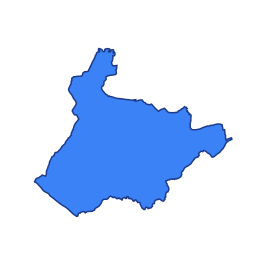 outline of Bungo, Jambi, Indonesia, rotated 351°
{"feature_id": "22746128B28569646979400", "entity_name": "Bungo", "entity_type": "district", "adm_level": 2, "iso_a3": "IDN", "parent_name": "Indonesia", "parent_adm1": "Jambi", "projection": "robinson", "projection_center": [101.875, -1.516], "detail": "fine", "context": "isolated", "style": "filled", "palette": "blue", "viewbox_px": 256, "rotation_deg": 351, "n_neighbors": 0, "source": "geoboundaries", "source_scale": "gbopen_adm2", "svg_char_len": 5891}
<svg xmlns="http://www.w3.org/2000/svg" viewBox="0 0 256 256"><g transform="rotate(351 128 128)"><path d="M227.4,155.9L228.8,155.4L228.9,154.7L228.6,153.9L224.2,154.6L223.1,155.5L222.8,154.5L222.8,153.6L222.9,152.0L223.2,150.8L222.9,149.7L223.1,144.8L221.6,144.8L221.4,139.4L220.8,139.1L219.2,138.5L217.6,138.1L216.1,138.1L214.2,138.2L213.0,138.5L211.1,138.5L210.1,138.3L208.1,138.8L206.6,138.5L205.1,138.7L202.2,139.3L198.9,140.2L194.9,140.4L192.3,140.0L191.5,139.8L190.4,139.1L189.9,138.2L189.6,137.1L189.7,135.2L190.1,133.4L191.0,131.1L191.3,130.1L191.5,128.5L192.2,125.8L192.2,125.2L191.9,124.3L191.3,124.2L190.9,124.3L190.8,123.8L190.4,123.8L190.6,122.9L189.3,121.1L189.5,120.8L189.5,120.5L188.9,120.4L189.0,120.0L188.7,119.0L188.9,118.6L189.0,118.1L189.5,118.0L189.3,117.6L188.8,117.3L188.8,116.8L188.3,116.7L187.9,116.8L187.2,115.8L185.6,116.9L184.6,117.4L183.8,117.5L183.5,118.0L182.3,118.6L180.2,119.1L179.6,120.1L177.3,120.1L174.5,119.9L171.5,119.3L170.0,118.6L168.5,116.2L168.1,115.8L167.5,114.7L166.9,114.2L166.4,114.5L165.8,114.5L165.2,114.7L163.4,114.9L161.8,115.8L160.5,116.2L159.9,115.1L158.6,113.8L155.1,108.3L154.6,108.0L153.4,108.5L153.0,108.3L152.4,108.3L151.0,107.6L150.3,107.5L149.6,107.0L149.0,105.8L147.4,104.9L147.4,104.5L146.5,103.1L146.4,102.5L143.4,102.2L141.7,102.6L139.3,102.6L138.6,101.9L139.6,101.2L138.2,101.1L137.4,101.3L134.5,100.7L133.7,100.3L131.1,99.7L126.0,98.1L122.4,97.2L120.3,96.4L116.6,94.5L115.4,94.2L114.4,93.5L113.7,93.8L113.5,93.7L112.9,92.4L111.4,91.2L110.9,90.6L108.8,87.1L108.2,85.8L108.1,84.2L108.3,83.7L108.6,83.1L109.7,82.5L109.6,82.4L109.8,82.5L110.9,81.3L111.3,79.8L111.4,78.6L111.8,78.1L112.5,77.9L114.1,76.4L114.1,74.6L114.4,73.9L115.8,73.5L117.5,73.2L123.7,73.3L124.3,73.0L125.0,72.4L125.1,72.0L125.1,71.2L125.2,70.4L125.2,69.4L125.0,68.8L125.8,68.2L126.3,66.6L126.4,65.5L126.8,64.5L125.1,64.4L123.2,64.5L123.1,64.1L122.2,63.2L121.9,60.8L123.0,59.3L124.1,56.3L124.3,54.3L125.6,54.6L126.0,54.4L126.4,53.7L126.7,53.1L126.8,51.9L126.4,50.9L126.0,51.0L125.4,51.7L125.1,51.5L125.1,51.3L126.0,49.0L125.9,48.5L124.4,48.3L123.9,48.3L122.7,49.7L122.1,50.1L120.9,50.0L120.7,49.8L120.7,49.4L121.2,48.9L122.2,48.4L122.5,48.0L122.5,47.6L122.2,47.1L121.8,46.8L120.2,46.6L119.9,46.3L117.8,46.5L117.4,46.8L116.9,48.6L116.1,48.8L115.5,48.6L114.7,47.0L114.3,46.3L111.7,44.9L111.3,45.2L111.1,45.8L111.3,46.4L112.1,47.2L111.9,48.2L111.4,48.4L110.9,48.3L110.6,47.7L110.5,47.9L110.1,48.3L108.9,48.8L108.6,49.2L108.1,50.6L107.1,51.2L106.7,52.7L106.3,53.0L105.7,53.8L105.3,54.7L103.9,56.3L97.4,65.9L93.7,65.7L93.2,66.2L92.1,66.6L91.2,68.6L90.7,69.1L90.1,69.4L89.5,69.5L86.2,69.0L83.8,69.1L82.4,68.9L81.9,69.1L81.1,69.9L80.2,70.1L80.1,71.1L80.2,72.0L79.2,72.9L79.0,74.8L75.7,79.7L75.3,80.7L75.6,82.4L76.4,84.4L77.8,86.9L78.8,90.2L80.2,92.7L80.6,94.0L80.8,95.5L80.4,96.6L79.3,98.0L76.3,101.2L75.6,102.4L76.4,105.0L77.1,106.5L77.4,106.7L78.5,106.9L79.2,107.2L79.5,107.5L80.6,111.0L80.6,111.7L77.2,114.8L75.3,117.1L74.0,119.9L70.9,124.9L70.8,126.4L69.6,127.1L69.1,128.0L67.4,128.5L66.9,129.5L64.4,131.7L64.1,132.4L63.7,132.7L63.3,133.7L62.7,134.2L61.8,134.6L60.7,135.4L59.8,135.9L58.4,137.9L54.2,141.0L53.1,140.8L52.1,141.0L50.4,143.9L48.6,144.5L48.1,145.0L47.4,146.0L46.9,146.9L46.1,147.9L45.0,149.7L44.6,151.1L44.1,152.1L43.0,153.6L42.5,155.0L40.8,157.6L40.4,159.4L40.1,161.1L39.3,162.5L38.9,162.5L38.4,162.4L36.0,161.1L35.4,161.3L34.5,162.1L33.7,162.2L32.3,163.1L31.3,163.3L30.6,163.2L30.0,163.6L29.1,163.9L28.9,164.1L27.8,165.8L27.3,166.0L27.1,165.8L27.6,167.1L28.7,167.4L29.8,168.8L32.9,173.4L34.1,175.9L35.3,177.4L39.0,180.2L39.5,180.7L40.0,182.0L40.5,182.9L43.5,186.0L46.8,189.7L51.0,194.0L53.4,195.9L55.6,198.1L60.6,204.6L63.4,207.2L64.0,207.2L64.7,207.0L65.3,205.6L65.2,205.2L65.7,204.7L66.0,204.5L67.0,204.5L67.3,204.6L68.9,203.6L70.0,203.7L70.8,203.5L71.9,203.9L72.2,204.8L72.6,205.1L73.5,204.6L75.1,204.1L79.3,204.7L80.7,204.2L82.0,204.0L82.9,202.3L87.0,200.8L89.6,198.3L91.3,195.5L93.0,194.6L95.2,195.0L96.8,194.9L98.8,193.0L99.9,192.5L101.5,193.6L102.0,194.2L102.6,194.4L103.4,194.1L104.0,194.1L104.6,195.0L105.1,195.2L106.0,196.1L106.3,196.1L106.6,195.8L107.1,196.0L107.7,195.8L108.3,196.4L108.9,196.2L110.7,198.1L111.0,198.1L111.5,196.9L111.7,196.6L112.2,196.3L113.6,196.0L114.0,196.4L114.3,197.1L114.8,197.2L115.2,196.9L115.6,197.2L115.9,196.4L116.0,195.7L116.9,195.6L117.5,196.2L117.6,197.5L118.1,198.0L118.5,197.7L118.9,197.7L119.4,198.3L120.1,198.3L120.8,199.0L121.7,200.8L122.2,201.2L122.8,200.8L123.2,201.0L123.4,200.9L123.9,200.2L124.4,200.1L125.0,200.9L125.5,202.2L125.9,203.1L126.4,203.2L127.0,203.0L127.6,203.2L128.0,203.7L128.3,204.2L128.1,205.2L128.6,206.4L129.3,209.2L131.1,211.1L131.8,211.0L132.4,210.6L132.7,209.9L133.3,209.1L133.9,209.2L134.6,209.5L135.2,210.6L135.7,210.1L136.3,210.6L138.4,210.4L139.3,209.5L139.9,209.3L140.0,207.9L140.2,207.4L140.6,206.8L141.3,206.7L141.9,206.8L142.2,206.7L142.8,204.6L143.5,204.0L145.3,203.1L145.6,203.3L146.5,203.4L147.3,203.0L148.2,203.2L150.3,205.2L150.9,205.6L151.4,205.7L152.0,205.6L152.3,205.1L153.3,204.3L153.5,202.5L154.5,202.1L154.6,199.9L155.9,197.4L157.3,197.4L158.7,195.3L158.8,193.2L158.6,192.4L158.1,191.6L158.2,191.2L157.8,190.7L157.7,189.6L157.8,189.2L157.5,188.8L157.0,186.4L157.2,186.2L158.9,185.9L159.5,185.5L160.4,185.6L160.7,185.4L161.2,185.6L161.7,185.2L162.9,185.2L164.2,185.7L165.1,185.3L165.4,185.3L165.8,186.0L166.6,185.8L168.6,185.8L170.7,185.3L172.3,184.5L173.0,183.8L173.8,182.2L173.9,179.9L175.2,179.2L175.9,178.6L177.3,176.6L178.3,175.9L179.9,175.2L181.3,174.8L184.3,173.3L188.6,168.9L188.7,169.1L189.5,168.2L191.1,167.7L192.4,167.7L194.0,166.3L193.8,164.4L194.2,163.9L196.3,162.4L197.5,162.6L198.2,163.1L199.5,161.9L201.3,163.4L203.0,165.3L204.7,166.6L205.5,168.1L206.4,169.9L207.9,170.0L213.5,166.9L214.7,166.5L216.9,164.5L219.0,162.9L221.0,160.3L222.7,157.9L224.5,156.9L224.7,156.6L227.4,155.9Z" fill="#3b82f6" stroke="#1e3a8a" stroke-width="1.5"/></g></svg>